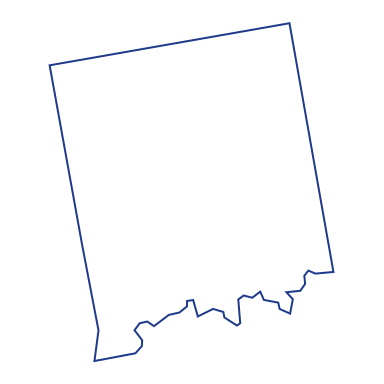 Llano, Texas, United States of America (Robinson projection), rotated 80°
{"feature_id": "52423323B33925670758301", "entity_name": "Llano", "entity_type": "district", "adm_level": 2, "iso_a3": "USA", "parent_name": "United States of America", "parent_adm1": "Texas", "projection": "robinson", "projection_center": [-98.441, 30.704], "detail": "fine", "context": "isolated", "style": "outline", "palette": "blue", "viewbox_px": 384, "rotation_deg": 80, "n_neighbors": 0, "source": "geoboundaries", "source_scale": "gbopen_adm2", "svg_char_len": 637}
<svg xmlns="http://www.w3.org/2000/svg" viewBox="0 0 384 384"><g transform="rotate(80 192 192)"><path d="M341.5,317.4L341.0,275.7L335.0,268.1L329.3,266.8L318.2,272.6L312.2,266.4L311.8,258.6L317.5,252.7L309.0,236.1L308.5,225.3L303.8,216.8L298.5,215.8L298.6,209.6L315.6,207.9L310.8,191.6L315.6,182.0L321.2,181.9L331.3,170.9L329.6,167.3L305.9,165.1L302.9,159.1L306.6,151.0L302.0,142.1L310.8,139.9L315.9,126.3L322.4,126.0L328.8,116.5L315.1,111.3L307.1,116.4L308.1,102.5L302.2,96.6L294.0,95.9L289.6,91.1L293.8,84.6L295.3,66.6L42.7,66.7L42.5,310.2L224.2,309.4L312.0,308.1L341.5,317.4Z" fill="none" stroke="#1e3a8a" stroke-width="2"/></g></svg>